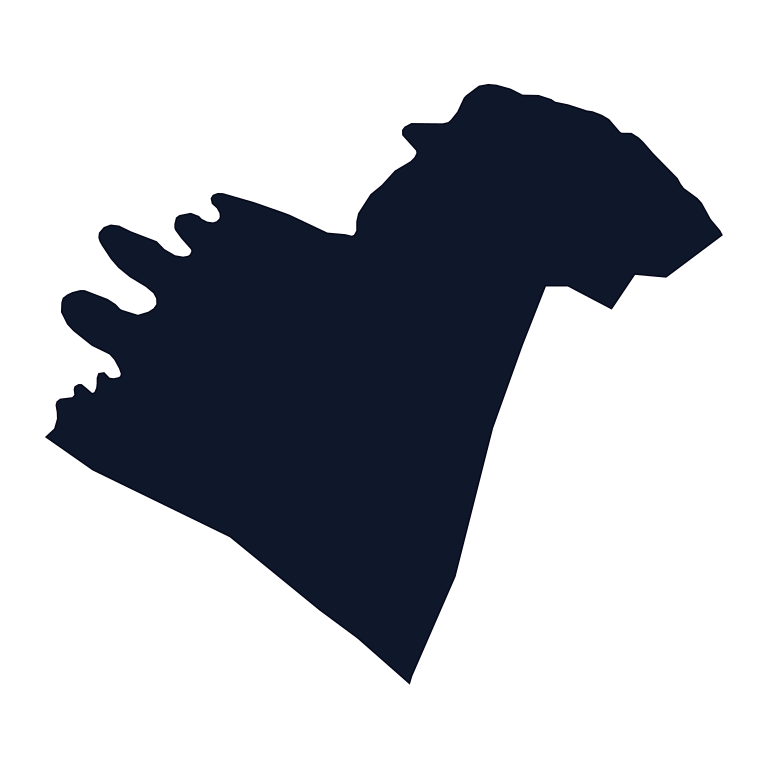 Morgan, West Virginia, United States of America
{"feature_id": "52423323B26366836110936", "entity_name": "Morgan", "entity_type": "district", "adm_level": 2, "iso_a3": "USA", "parent_name": "United States of America", "parent_adm1": "West Virginia", "projection": "mercator", "projection_center": [-78.31, 39.544], "detail": "fine", "context": "isolated", "style": "filled", "palette": "ink", "viewbox_px": 768, "rotation_deg": 0, "n_neighbors": 0, "source": "geoboundaries", "source_scale": "gbopen_adm2", "svg_char_len": 2056}
<svg xmlns="http://www.w3.org/2000/svg" viewBox="0 0 768 768"><path d="M46.1,437.0L93.0,469.8L230.2,536.6L230.3,536.7L319.7,609.7L357.9,638.0L409.4,683.3L411.6,675.9L454.9,576.4L492.4,428.0L522.2,344.8L545.4,285.7L567.9,285.7L611.5,308.6L634.7,274.1L666.0,276.9L721.9,235.0L719.7,230.9L710.2,219.5L701.3,203.3L697.0,198.6L686.7,191.0L683.6,188.8L680.2,184.3L677.2,178.7L652.4,153.4L651.4,152.2L642.9,142.4L638.4,138.1L631.3,133.6L621.7,133.5L619.8,132.6L608.8,119.8L601.8,115.6L592.5,112.0L586.5,111.1L568.1,105.1L554.9,102.4L551.1,99.8L538.5,95.7L522.4,95.4L510.3,89.3L496.3,85.4L488.3,84.7L479.1,86.4L466.4,96.0L464.4,98.2L457.9,112.1L451.3,120.4L448.5,122.8L442.7,124.1L411.5,123.8L405.1,127.2L402.8,130.2L402.9,134.9L416.8,150.4L417.2,153.4L415.0,157.7L411.0,161.8L395.3,171.1L382.2,185.5L371.0,194.7L358.8,213.6L357.0,221.6L357.0,230.9L354.4,235.6L351.7,236.5L345.2,234.9L327.2,233.3L289.1,215.3L281.8,212.6L253.1,202.6L250.2,201.8L222.9,193.9L217.9,193.7L213.2,195.5L211.4,198.6L212.5,203.5L217.3,207.7L220.2,213.0L220.5,216.7L219.9,219.0L217.0,221.9L213.1,223.2L206.9,222.3L201.2,219.4L198.6,216.6L190.7,213.6L179.6,215.8L176.6,218.0L175.1,224.2L175.1,227.7L175.8,229.8L181.7,237.9L191.8,249.3L192.1,251.5L190.6,254.8L188.3,256.5L183.1,257.4L174.9,256.0L164.0,249.7L156.4,241.9L130.6,232.0L118.9,226.3L110.8,225.3L104.2,227.7L99.6,233.1L99.1,237.6L100.1,241.0L102.3,245.0L111.3,258.6L118.8,267.3L130.5,276.8L145.9,286.1L153.9,292.7L156.9,298.3L157.1,304.5L153.9,309.0L148.6,312.4L137.9,315.6L121.8,310.6L119.7,309.5L115.2,304.7L107.3,299.6L84.6,290.9L80.4,290.8L72.5,292.8L67.5,295.2L63.4,298.3L62.1,302.5L61.7,312.0L67.7,324.0L74.0,330.7L92.2,345.2L109.8,353.8L114.8,359.3L119.7,368.3L121.6,373.8L120.7,376.9L118.1,378.1L113.6,379.0L109.2,378.4L104.0,372.9L98.8,373.8L97.4,378.1L97.4,383.6L96.9,388.1L94.9,392.8L91.9,393.8L86.5,389.0L81.4,384.8L78.6,384.8L75.1,386.9L74.4,389.4L74.8,392.1L75.1,395.1L72.7,397.9L60.3,399.4L57.2,401.9L56.3,405.2L57.5,412.4L57.7,418.9L54.8,429.0L46.1,437.0Z" fill="#0f172a" stroke="#020617" stroke-width="1.5"/></svg>